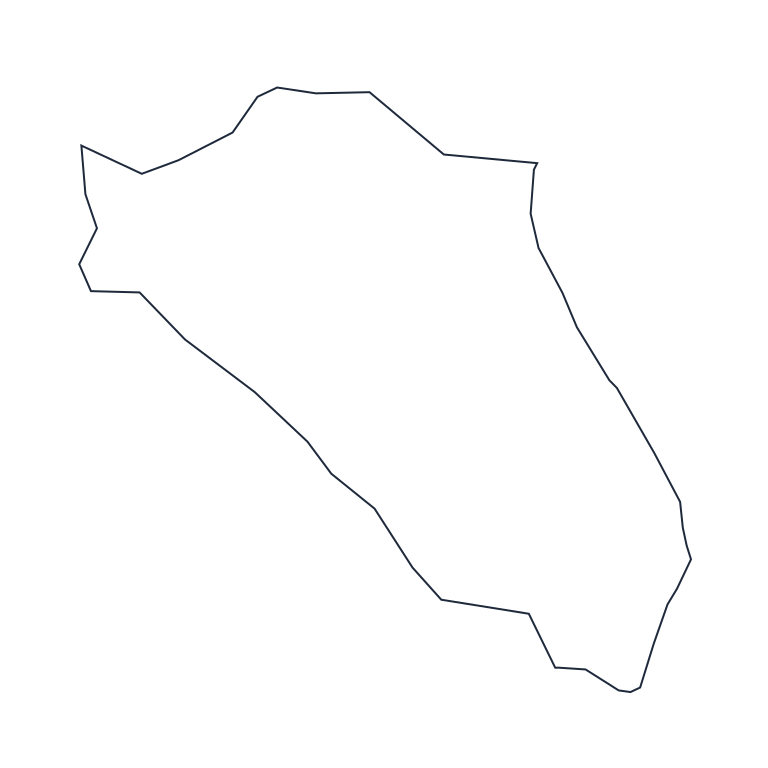 Shavat, Khorezm, Uzbekistan (Equal Earth projection), rotated 184°
{"feature_id": "79887680B59227978445029", "entity_name": "Shavat", "entity_type": "district", "adm_level": 2, "iso_a3": "UZB", "parent_name": "Uzbekistan", "parent_adm1": "Khorezm", "projection": "equal_earth", "projection_center": [60.207, 41.687], "detail": "fine", "context": "isolated", "style": "outline", "palette": "slate", "viewbox_px": 768, "rotation_deg": 184, "n_neighbors": 0, "source": "geoboundaries", "source_scale": "gbopen_adm2", "svg_char_len": 720}
<svg xmlns="http://www.w3.org/2000/svg" viewBox="0 0 768 768"><g transform="rotate(184 384 384)"><path d="M193.4,112.9L190.2,113.2L163.0,113.3L128.5,94.7L116.6,93.9L107.3,99.1L96.8,143.7L85.8,183.9L77.4,200.3L65.5,230.5L70.8,243.9L75.9,261.5L80.4,287.1L109.5,333.9L151.4,396.3L159.4,403.4L195.5,454.0L212.3,487.3L235.2,523.9L239.3,530.4L249.6,564.1L249.4,608.3L246.6,615.0L269.6,615.5L340.3,617.1L418.8,674.1L472.2,669.2L511.3,672.3L530.2,661.7L552.6,624.3L604.6,592.9L640.3,576.8L702.5,600.7L695.1,552.5L681.2,519.3L696.4,482.2L682.8,456.2L634.2,458.3L585.6,414.5L512.4,366.9L456.3,321.1L430.3,290.8L384.7,259.0L342.7,202.8L311.8,172.8L223.5,164.9L193.4,112.9Z" fill="none" stroke="#1e293b" stroke-width="2"/></g></svg>